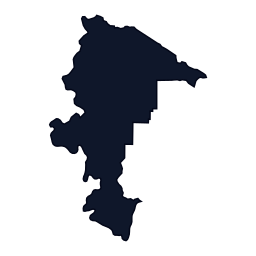 Agudo, Rio Grande do Sul, Brazil
{"feature_id": "56859067B5198359273903", "entity_name": "Agudo", "entity_type": "district", "adm_level": 2, "iso_a3": "BRA", "parent_name": "Brazil", "parent_adm1": "Rio Grande do Sul", "projection": "natural_earth1", "projection_center": [-53.238, -29.642], "detail": "fine", "context": "isolated", "style": "filled", "palette": "ink", "viewbox_px": 256, "rotation_deg": 0, "n_neighbors": 0, "source": "geoboundaries", "source_scale": "gbopen_adm2", "svg_char_len": 3330}
<svg xmlns="http://www.w3.org/2000/svg" viewBox="0 0 256 256"><path d="M157.2,43.1L137.5,30.3L136.0,29.3L134.0,27.2L131.5,27.1L129.7,27.4L127.2,26.4L125.2,26.6L123.9,28.0L120.6,28.7L119.1,28.1L117.3,27.5L114.6,27.9L114.3,26.1L111.9,25.9L110.2,25.9L107.4,23.7L106.2,21.7L104.7,21.2L103.3,20.6L102.8,17.9L100.4,16.6L96.7,15.4L95.8,16.8L93.8,18.0L88.7,19.6L86.8,19.0L84.8,16.7L82.6,16.8L81.7,18.7L83.4,25.3L85.3,28.7L87.7,31.3L88.2,33.0L84.0,35.8L81.5,38.5L79.3,41.0L79.6,43.5L81.7,45.4L80.0,51.2L77.2,53.3L75.4,55.5L74.1,57.4L73.4,59.3L74.3,67.5L71.0,72.0L69.0,74.3L67.0,75.5L63.1,76.5L62.3,78.7L65.3,84.6L65.6,87.4L66.2,89.2L67.7,89.7L71.1,89.5L73.4,90.4L75.9,92.2L76.4,94.4L75.8,97.0L74.1,99.1L74.6,103.5L76.7,105.4L80.3,107.0L84.0,109.5L85.3,112.5L80.2,117.7L78.6,114.6L76.2,113.4L71.4,117.3L69.7,121.2L64.3,124.2L62.1,123.1L60.2,120.3L58.0,118.9L56.3,118.8L53.6,120.7L51.6,121.9L50.4,123.1L49.7,124.8L50.7,126.8L53.1,126.7L54.7,128.6L54.0,130.6L52.7,131.8L51.3,133.3L50.7,135.3L51.5,138.3L51.9,140.0L52.3,142.0L53.2,144.2L54.6,145.4L56.0,146.0L57.4,146.1L59.2,146.0L61.0,145.8L62.4,145.9L64.1,146.3L65.4,146.8L66.7,147.8L68.2,149.3L69.3,150.7L70.3,152.0L72.3,153.2L74.5,153.3L76.1,152.7L77.3,151.3L77.8,149.7L77.6,147.9L77.9,145.7L79.6,145.0L81.1,145.9L82.2,147.5L82.8,149.0L84.9,153.4L86.9,155.3L87.7,157.3L87.2,159.8L85.7,162.2L85.9,164.7L85.8,167.3L85.7,170.1L85.3,172.3L84.6,174.7L83.8,176.4L83.3,179.0L83.9,180.8L85.2,181.5L86.6,181.1L87.3,179.4L87.8,177.1L88.5,175.2L90.1,174.8L91.9,175.7L93.3,177.6L94.5,178.7L96.0,178.9L97.5,178.5L98.8,177.8L100.6,178.5L101.0,180.5L100.5,182.6L100.5,184.3L101.0,187.3L100.6,188.9L98.8,189.9L97.1,190.0L95.3,189.8L93.9,190.2L92.8,191.6L91.9,194.0L90.4,195.4L88.3,196.4L86.8,198.1L86.5,200.3L86.8,202.3L86.4,204.1L84.9,205.2L83.8,206.3L83.3,208.3L83.5,210.9L84.9,211.2L86.9,210.7L88.9,210.5L90.6,209.8L93.0,209.0L94.8,209.5L95.2,211.1L93.7,213.2L92.2,214.2L90.5,215.5L89.8,217.9L90.6,219.6L92.7,220.5L95.4,220.7L97.2,221.6L102.7,225.0L104.7,225.8L106.7,226.6L109.0,227.6L110.9,229.0L112.2,230.3L112.8,232.0L113.4,234.1L114.9,235.1L117.0,235.1L119.2,235.4L121.2,235.0L122.0,236.6L122.3,238.5L123.7,239.9L126.0,240.6L127.4,239.5L128.3,237.5L129.2,234.3L129.4,231.6L129.5,228.7L130.0,226.5L131.2,224.1L131.8,221.8L131.8,219.2L131.8,217.5L131.9,215.7L132.4,214.1L133.3,212.1L134.1,210.5L134.7,208.8L135.1,206.9L135.6,205.1L136.5,203.4L138.3,202.2L141.1,201.4L139.4,200.3L137.9,198.5L134.7,199.4L133.5,200.5L132.2,199.8L130.7,198.8L127.6,199.3L125.7,198.1L123.3,197.2L122.2,195.8L123.1,192.9L122.0,190.4L121.9,188.4L120.8,186.3L118.8,184.5L116.9,181.5L116.6,179.5L117.9,177.4L119.0,176.1L121.8,173.1L121.8,171.1L122.3,168.6L121.4,165.8L120.8,164.3L120.2,162.7L124.6,157.9L124.7,144.2L132.5,144.3L132.7,131.3L132.8,122.4L148.3,122.8L148.5,119.2L150.0,119.3L150.1,111.2L152.6,111.3L152.6,108.7L156.7,108.7L156.7,92.1L156.7,80.3L160.0,80.3L171.9,80.1L174.0,79.9L177.3,79.7L179.9,80.4L182.2,79.7L186.4,80.3L188.6,83.2L194.1,86.8L194.7,84.9L195.1,83.3L195.8,81.0L196.8,79.7L198.8,77.8L200.7,77.2L202.8,77.8L204.4,77.7L206.3,77.4L205.5,75.1L203.6,73.6L197.1,69.6L194.1,69.4L191.9,68.4L188.4,66.9L186.7,65.1L185.5,62.9L181.9,61.8L180.5,63.4L177.0,62.7L176.3,60.1L175.8,57.8L175.7,55.6L166.7,49.5L163.9,47.9L161.7,46.8L159.9,44.4L157.2,43.1Z" fill="#0f172a" stroke="#020617" stroke-width="1.5"/></svg>